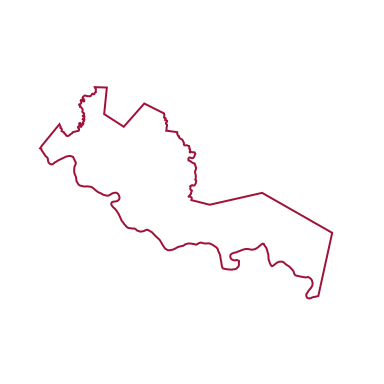 the district of San Miguel (La Dorada), Putumayo, Colombia, rotated 23°
{"feature_id": "7082276B25468013916959", "entity_name": "San Miguel (La Dorada)", "entity_type": "district", "adm_level": 2, "iso_a3": "COL", "parent_name": "Colombia", "parent_adm1": "Putumayo", "projection": "robinson", "projection_center": [-76.899, 0.311], "detail": "fine", "context": "isolated", "style": "outline", "palette": "rose", "viewbox_px": 384, "rotation_deg": 23, "n_neighbors": 0, "source": "geoboundaries", "source_scale": "gbopen_adm2", "svg_char_len": 5944}
<svg xmlns="http://www.w3.org/2000/svg" viewBox="0 0 384 384"><g transform="rotate(23 192 192)"><path d="M35.1,211.2L36.5,211.2L36.9,212.0L38.3,213.0L39.5,213.7L43.2,216.2L44.7,216.6L45.9,217.2L47.5,219.8L48.5,220.9L50.0,221.6L51.7,221.6L52.9,220.8L54.3,218.2L55.4,216.9L56.3,215.4L62.5,208.4L65.2,206.6L67.4,206.2L68.8,206.2L73.7,210.5L73.9,211.5L74.0,212.7L73.9,214.2L74.2,215.7L74.7,217.1L75.7,219.6L77.2,221.5L79.5,223.7L81.4,227.1L83.0,228.3L84.6,229.4L86.1,229.8L87.2,229.7L89.7,229.3L91.3,228.8L93.0,227.9L95.3,227.1L97.3,226.7L99.4,227.0L104.1,228.5L106.5,228.9L107.8,228.8L111.6,229.2L115.2,228.6L116.6,227.9L117.2,227.2L119.3,224.3L121.3,222.8L122.4,222.3L123.4,222.3L124.8,222.7L126.2,223.8L127.5,225.4L127.8,227.2L127.4,228.6L126.4,229.8L124.9,230.8L123.7,231.5L122.5,232.3L122.2,233.2L122.2,234.3L122.7,235.0L123.3,235.7L124.2,236.2L125.5,236.9L128.0,237.7L130.6,239.2L133.4,241.2L138.5,245.9L141.1,247.3L142.4,248.2L143.5,248.6L145.1,249.5L147.2,250.0L151.6,248.9L152.7,248.3L153.5,248.1L155.0,248.3L156.0,248.8L156.4,248.9L159.9,248.7L162.2,247.3L163.4,246.3L163.9,245.5L164.7,244.7L165.6,244.2L167.1,244.2L170.8,244.7L175.7,246.8L180.4,248.5L181.6,249.1L185.1,251.8L188.2,253.9L189.5,254.6L191.2,254.9L192.7,254.9L194.0,254.5L196.8,252.6L198.2,251.2L200.5,248.2L203.4,245.9L204.9,245.0L205.5,244.1L206.0,243.1L206.8,242.3L208.6,240.9L209.7,240.4L211.9,239.7L214.8,239.0L216.2,238.9L217.0,238.4L217.4,237.6L218.2,236.5L219.4,235.5L220.5,234.9L222.5,234.8L224.0,234.3L228.2,232.5L231.2,232.5L232.7,232.8L235.8,233.4L237.6,234.2L238.4,235.0L239.0,235.8L241.7,238.3L242.5,239.2L243.1,240.0L245.0,243.2L246.2,244.8L247.1,246.4L248.2,248.1L249.5,249.7L250.3,250.2L251.0,250.2L252.7,249.8L254.4,249.5L258.5,248.1L261.5,246.4L262.2,245.9L262.9,244.9L263.6,243.1L263.9,241.8L263.5,240.3L262.9,239.1L262.4,237.4L262.0,237.0L261.2,237.0L260.1,237.1L259.4,237.3L258.3,238.2L256.9,238.5L254.8,238.5L253.6,237.9L253.0,237.2L252.5,236.6L252.0,234.9L252.5,233.6L253.2,232.7L254.2,231.7L256.1,230.4L261.5,225.1L263.4,223.7L264.6,223.0L266.3,222.5L269.8,221.7L272.2,220.1L273.5,218.5L274.4,217.1L275.1,215.6L276.5,212.9L277.2,212.0L277.7,211.8L278.5,211.8L278.9,212.2L279.3,212.7L281.4,213.9L282.5,214.7L284.0,216.4L286.8,220.0L288.8,224.0L291.4,227.0L292.8,228.2L293.9,228.9L294.5,229.0L295.1,228.6L295.6,227.9L297.3,224.8L298.1,223.5L299.4,222.2L302.0,220.9L303.9,220.9L306.5,221.9L310.4,222.6L311.9,223.1L315.2,224.6L316.4,225.3L318.5,227.7L319.5,228.2L320.8,228.2L326.1,227.2L329.7,226.3L330.5,226.0L331.5,225.2L332.2,224.9L333.6,225.0L335.2,225.4L336.8,226.4L338.2,228.0L338.9,229.4L339.3,231.1L339.1,233.2L337.9,237.4L337.2,241.6L337.7,242.8L338.6,243.9L339.7,244.4L341.5,244.2L342.7,243.4L343.9,242.0L345.2,241.0L346.6,240.2L348.9,238.4L337.0,174.8L256.9,165.4L213.3,196.8L194.6,199.7L194.2,197.8L193.8,197.3L192.5,196.9L192.0,196.9L191.8,196.9L191.0,197.6L190.7,197.5L190.7,197.1L190.8,196.8L191.8,194.2L191.8,193.8L191.6,193.6L191.4,192.7L191.4,190.9L191.3,190.7L190.4,190.6L189.8,190.4L189.4,190.1L189.0,189.5L188.9,188.6L188.6,187.8L188.1,187.6L188.1,187.4L188.2,187.0L189.5,185.6L190.6,185.7L191.5,185.1L191.8,184.5L192.0,183.2L192.0,182.0L191.4,179.8L191.2,179.7L190.7,179.7L190.2,179.3L190.1,178.9L190.2,178.4L189.8,177.2L189.4,176.3L189.0,175.3L186.8,172.2L186.7,169.2L186.4,168.5L186.3,168.0L185.3,167.2L184.7,166.2L184.0,165.6L183.4,165.2L183.3,164.8L181.4,164.9L179.8,164.7L178.8,164.3L177.4,164.3L176.8,164.0L176.4,164.2L176.2,164.0L175.6,162.7L175.7,162.0L176.2,161.2L176.5,161.0L178.9,160.9L179.5,160.5L179.8,160.1L180.0,159.5L180.2,158.6L180.2,157.7L180.0,156.0L180.1,155.4L179.3,154.9L178.8,154.5L178.6,154.5L176.9,155.3L175.7,155.3L175.0,156.0L174.8,156.4L174.6,156.4L174.4,156.3L174.1,155.6L173.8,154.1L173.5,153.5L172.9,153.4L172.5,153.1L172.5,152.4L172.1,152.0L171.5,150.9L171.3,150.8L170.4,151.0L168.9,151.0L168.6,151.1L167.7,151.7L167.3,151.9L166.5,151.9L166.2,151.7L165.7,151.1L165.6,150.4L165.3,149.8L164.3,149.1L162.6,147.6L160.6,147.4L159.5,147.2L159.0,146.9L158.6,146.5L158.3,145.8L157.7,145.9L157.4,145.8L156.7,145.1L156.2,144.8L155.7,144.3L155.5,143.9L155.4,143.5L155.0,142.7L144.3,145.6L144.2,144.6L143.3,142.3L143.2,141.1L142.7,139.8L141.4,139.3L141.1,138.8L141.1,138.2L141.3,137.7L141.5,137.2L141.4,136.3L141.3,136.2L140.9,136.1L140.0,136.1L139.6,136.3L139.1,136.2L139.1,134.6L138.9,134.4L137.6,134.5L137.1,134.3L136.8,132.6L136.4,131.8L135.6,130.9L135.5,130.6L113.5,129.2L103.7,158.6L80.7,154.6L72.8,129.1L61.5,133.5L62.0,134.0L63.1,134.5L63.5,135.2L63.9,136.6L64.5,137.5L63.8,138.6L63.8,139.8L63.7,140.2L63.2,140.5L62.0,140.4L61.8,140.6L61.7,141.0L61.5,142.4L61.3,143.1L61.1,143.4L59.7,144.1L58.1,144.7L56.1,144.9L55.7,145.0L55.2,145.6L54.4,147.3L54.4,147.8L54.6,148.1L55.5,148.5L56.8,149.4L57.1,149.9L57.3,150.5L57.1,150.9L56.8,150.9L56.0,150.7L54.9,150.3L54.1,150.3L53.8,150.9L53.9,151.5L54.5,152.1L55.1,152.5L55.3,153.4L55.1,154.2L54.0,155.4L54.0,155.8L54.3,156.1L55.0,156.0L55.3,156.2L55.5,157.1L55.7,157.4L56.3,157.2L56.5,157.2L58.9,158.5L59.4,159.6L59.7,161.0L60.3,161.5L61.3,161.5L62.0,162.0L62.4,163.3L62.4,163.7L61.7,164.4L61.7,164.6L61.9,164.9L62.3,164.8L63.0,164.1L63.6,164.7L63.8,165.5L63.8,166.4L63.3,167.1L62.9,167.4L62.9,167.7L63.0,167.9L63.4,167.9L64.0,167.0L64.2,166.9L64.6,167.2L64.8,169.2L64.7,169.7L64.3,170.5L64.5,171.1L65.3,171.5L65.3,172.1L65.1,172.7L64.2,172.8L63.2,173.3L62.7,173.1L62.3,172.3L62.0,172.2L61.7,172.4L61.4,172.9L61.6,173.4L62.3,174.4L62.9,174.5L63.2,173.8L63.4,173.7L64.1,173.7L64.6,174.1L64.6,175.1L64.3,175.4L63.7,175.6L62.6,175.5L61.9,176.0L61.7,176.6L61.8,177.1L62.0,177.4L63.2,177.8L63.5,178.1L63.8,179.1L63.8,179.8L58.8,183.6L58.8,184.7L57.7,186.1L56.6,188.3L56.2,188.7L54.9,189.3L54.0,189.1L53.1,188.2L51.7,188.1L51.5,187.9L51.3,187.6L51.0,187.1L50.6,187.0L48.3,187.0L48.0,186.5L47.9,185.7L47.7,185.2L47.1,184.6L46.7,184.5L46.0,184.6L45.8,184.4L45.7,183.5L45.5,183.2L43.5,181.4L35.8,207.7L35.1,211.2Z" fill="none" stroke="#9f1239" stroke-width="2"/></g></svg>